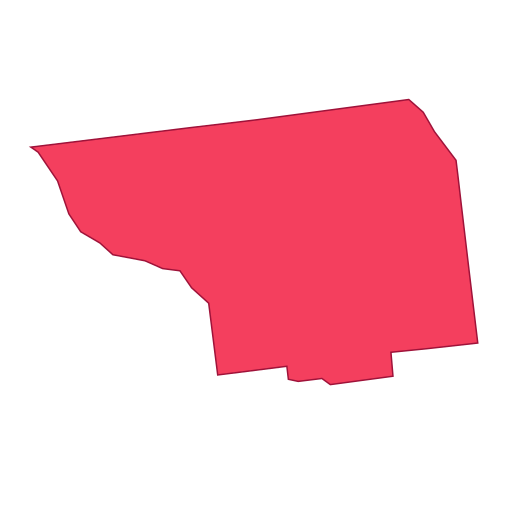 LaPorte, Indiana, United States of America, rotated 83°
{"feature_id": "52423323B64026366373920", "entity_name": "LaPorte", "entity_type": "district", "adm_level": 2, "iso_a3": "USA", "parent_name": "United States of America", "parent_adm1": "Indiana", "projection": "equal_earth", "projection_center": [-86.715, 41.499], "detail": "fine", "context": "isolated", "style": "filled", "palette": "rose", "viewbox_px": 512, "rotation_deg": 83, "n_neighbors": 0, "source": "geoboundaries", "source_scale": "gbopen_adm2", "svg_char_len": 656}
<svg xmlns="http://www.w3.org/2000/svg" viewBox="0 0 512 512"><g transform="rotate(83 256 256)"><path d="M369.4,46.5L298.5,46.3L297.8,46.3L297.7,46.3L233.3,46.0L232.4,46.0L230.6,46.0L200.2,45.8L199.6,45.8L197.9,45.8L190.7,45.8L186.1,45.8L185.4,45.8L154.4,63.7L133.7,72.5L119.3,85.3L120.9,239.3L120.6,305.8L120.6,307.4L120.5,466.2L126.4,459.6L157.3,443.8L191.4,436.6L210.6,427.0L224.1,409.3L237.3,397.9L247.2,366.8L257.1,350.2L261.4,333.3L279.7,323.8L297.1,308.7L369.4,308.5L369.2,238.8L382.3,238.9L385.6,229.4L385.6,205.5L392.7,197.9L392.0,134.7L368.0,133.8L368.4,116.2L368.8,98.4L369.4,46.5Z" fill="#f43f5e" stroke="#9f1239" stroke-width="1.5"/></g></svg>